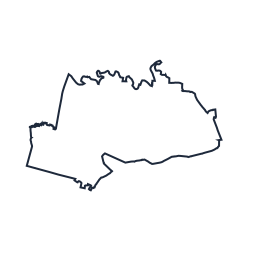 outline of Morunglav, Olt, Romania, rotated 113°
{"feature_id": "2599482B55157415904148", "entity_name": "Morunglav", "entity_type": "district", "adm_level": 2, "iso_a3": "ROU", "parent_name": "Romania", "parent_adm1": "Olt", "projection": "mercator", "projection_center": [24.132, 44.471], "detail": "fine", "context": "isolated", "style": "outline", "palette": "slate", "viewbox_px": 256, "rotation_deg": 113, "n_neighbors": 0, "source": "geoboundaries", "source_scale": "gbopen_adm2", "svg_char_len": 5776}
<svg xmlns="http://www.w3.org/2000/svg" viewBox="0 0 256 256"><g transform="rotate(113 128 128)"><path d="M202.4,206.4L199.1,182.1L198.1,173.9L195.4,156.6L197.1,156.8L197.7,154.0L197.8,153.3L197.7,153.1L197.0,153.1L196.1,152.5L196.0,151.5L196.5,149.8L196.6,149.6L196.9,149.3L201.2,148.5L200.4,144.3L198.0,145.1L197.5,144.7L196.4,142.5L195.3,142.9L195.3,140.0L195.5,139.5L197.3,139.9L199.5,140.1L199.9,139.1L199.9,137.9L198.9,137.8L196.9,137.8L196.7,136.2L195.4,136.0L195.4,135.6L193.2,135.7L191.9,135.2L191.6,135.3L190.5,135.0L186.5,134.2L185.9,133.9L185.5,133.8L185.1,133.6L184.8,133.6L184.0,133.2L183.6,132.4L183.0,131.8L180.3,129.4L178.2,128.1L176.6,126.9L175.3,126.5L174.9,126.3L174.5,126.2L174.3,125.9L174.0,125.8L173.1,128.6L170.1,136.4L169.5,136.7L169.3,136.7L169.1,137.1L168.8,137.4L164.2,140.8L162.3,140.3L160.4,139.3L160.9,116.9L157.7,112.0L156.6,109.8L156.4,108.8L155.8,108.5L154.7,107.1L153.5,104.9L152.7,103.8L152.4,103.1L152.2,102.9L151.9,102.9L151.7,102.7L151.4,102.1L151.5,101.8L150.6,100.5L150.6,100.3L151.0,96.5L151.5,94.3L151.5,93.2L151.7,92.2L151.4,91.2L147.4,85.1L146.3,83.7L145.3,82.8L144.5,82.3L141.0,79.3L137.4,76.5L136.4,74.8L136.5,74.8L135.3,72.7L133.9,70.7L133.4,69.4L131.2,62.3L131.2,61.7L131.2,61.3L131.2,61.2L130.9,60.9L130.7,60.5L129.7,59.4L129.3,58.9L129.2,58.5L129.0,58.4L123.6,51.2L123.0,50.5L122.8,49.9L121.8,48.9L120.7,47.6L116.3,42.0L114.1,40.0L112.0,38.6L111.9,38.2L111.6,38.1L111.0,37.7L110.1,37.7L109.2,37.3L108.9,37.2L105.5,38.6L103.7,39.3L103.7,39.7L102.3,37.4L94.9,44.7L93.1,46.2L86.6,52.5L85.1,52.9L84.3,52.9L84.3,52.7L84.4,51.4L83.3,51.4L76.8,54.9L77.4,55.9L77.8,56.2L77.8,56.7L77.9,56.9L78.5,57.1L78.8,57.9L79.1,58.4L79.4,58.6L79.6,58.9L80.6,59.9L81.4,60.4L83.1,60.6L82.6,62.2L81.9,63.5L81.2,64.3L80.8,65.3L80.2,66.4L79.8,67.4L79.2,68.4L78.2,70.3L75.1,75.4L72.7,78.1L71.3,79.1L70.7,79.4L70.3,79.9L70.2,80.4L69.9,82.4L69.9,82.7L69.8,83.4L70.0,83.9L70.6,84.8L70.5,85.0L70.3,85.4L70.6,86.7L71.2,88.1L71.7,89.9L72.4,91.6L72.6,92.1L72.5,92.6L71.9,92.4L71.5,92.4L70.7,93.4L69.4,94.1L66.2,95.3L66.2,95.7L66.2,97.9L66.6,99.4L67.8,102.3L68.7,103.8L69.6,105.8L70.3,107.7L66.0,109.4L65.8,110.6L65.8,112.0L65.6,112.8L65.3,113.3L64.9,113.6L64.4,114.1L64.6,114.1L64.8,114.3L64.8,114.7L65.1,115.9L65.6,116.9L65.8,117.6L65.6,118.9L63.4,119.4L63.1,119.9L62.8,120.8L62.9,121.6L63.1,122.2L63.4,122.8L63.9,123.5L64.2,124.7L62.5,126.4L61.6,127.0L61.2,127.2L59.7,127.2L58.8,127.1L57.8,126.2L57.3,124.4L56.6,123.8L56.1,123.6L55.3,123.4L54.6,123.0L53.6,124.7L53.7,125.1L56.0,127.5L57.8,128.6L59.7,129.3L61.8,130.5L63.5,130.7L64.5,130.6L65.1,130.3L66.0,129.5L68.3,126.6L69.8,125.4L71.4,123.8L72.5,122.9L74.1,121.7L75.0,124.0L78.0,122.8L77.9,123.2L80.1,122.4L80.2,123.9L78.7,127.3L78.2,128.8L77.8,131.3L78.6,133.5L80.3,133.7L83.4,133.5L83.4,134.7L85.1,134.6L86.0,134.4L87.3,134.4L87.9,134.5L88.8,135.2L89.2,136.2L89.2,136.7L89.1,137.0L88.8,137.8L87.9,139.2L87.3,140.5L87.0,140.7L86.0,140.4L84.5,140.7L84.0,141.0L81.8,143.4L80.6,146.8L80.0,147.5L80.7,148.3L81.0,148.8L81.4,149.0L82.0,149.2L84.6,148.6L85.1,148.3L85.7,147.8L86.1,148.7L86.7,150.4L87.1,151.3L83.7,152.1L84.3,155.0L83.4,155.7L83.1,156.5L82.7,156.8L81.0,158.2L80.8,158.8L80.5,159.2L80.5,161.1L80.9,161.6L84.1,161.5L85.4,161.9L85.6,162.0L85.8,162.4L85.9,162.6L85.7,163.3L85.7,164.4L85.6,164.8L85.5,165.5L85.2,166.1L85.0,166.7L83.7,167.6L83.3,168.9L84.5,170.1L85.0,170.3L86.2,171.3L87.1,172.7L87.5,173.5L88.8,174.6L88.9,174.8L88.6,175.2L88.2,175.6L87.7,175.8L87.1,176.6L86.9,177.3L86.9,177.5L87.0,177.9L87.3,178.1L88.3,178.4L89.2,178.4L92.0,176.0L92.1,175.7L92.2,175.4L92.0,174.3L91.0,173.3L90.8,173.0L90.7,172.4L90.5,170.7L91.3,170.3L91.6,170.5L92.2,171.3L92.8,171.8L95.1,172.5L98.3,172.4L99.0,172.2L99.1,172.9L97.1,174.8L96.5,176.7L97.5,181.0L96.8,182.5L96.1,183.6L97.0,184.9L96.6,185.7L97.2,186.1L97.3,186.4L97.6,187.6L97.5,187.9L97.6,188.7L98.2,189.5L99.7,189.9L101.4,190.0L102.0,189.7L102.8,189.7L103.1,189.5L103.3,188.8L103.5,187.8L104.1,185.5L105.7,186.8L107.1,189.7L107.2,191.2L106.5,193.5L103.9,198.3L102.5,200.4L101.7,203.6L114.6,202.9L119.7,202.4L122.1,202.0L127.3,200.7L137.2,198.6L155.1,194.5L156.7,194.1L157.2,194.2L157.4,194.7L157.8,194.7L157.9,195.5L157.5,195.7L157.0,195.7L156.9,195.7L156.9,195.9L157.0,196.1L157.5,196.2L157.6,196.3L157.1,196.5L156.6,196.0L156.6,195.7L156.3,195.8L156.2,196.0L156.6,196.8L155.7,197.9L155.7,198.4L155.2,198.5L155.2,199.0L155.6,199.3L155.6,199.5L155.2,199.9L155.5,200.3L155.3,201.0L155.8,201.0L156.1,201.4L156.4,201.4L156.5,201.6L156.4,202.2L156.8,203.1L156.8,203.4L156.8,203.8L155.9,204.7L155.2,204.7L155.2,204.8L155.4,204.9L155.4,205.3L155.7,205.4L155.7,205.8L156.1,206.1L156.0,206.3L155.6,206.5L155.8,206.9L155.9,207.4L156.0,207.6L157.2,208.0L157.3,208.0L157.5,207.4L158.0,207.3L158.0,207.6L157.9,207.9L157.9,208.0L158.1,208.3L158.5,208.4L158.6,208.6L157.4,209.2L157.9,209.3L159.1,208.9L159.3,208.9L159.3,209.1L159.3,209.7L158.5,210.2L158.9,210.5L159.5,210.3L159.7,210.7L160.4,210.5L160.7,210.8L161.0,210.7L161.3,211.9L160.9,212.3L161.0,212.7L160.8,212.9L160.0,212.7L159.6,212.7L159.8,213.1L160.3,213.3L160.3,213.5L159.9,213.8L159.8,214.0L160.0,214.4L160.7,214.7L161.0,214.2L160.8,213.8L161.0,213.5L161.4,213.5L161.5,213.7L161.6,214.2L162.1,214.3L162.4,214.2L162.5,213.7L162.7,214.0L163.0,213.9L163.1,214.1L162.9,214.5L163.0,214.6L163.5,214.4L163.6,214.7L163.5,215.1L163.1,215.3L163.7,215.4L163.7,215.6L163.2,216.1L163.1,216.3L163.1,216.5L163.5,216.9L163.9,217.6L164.1,217.7L164.4,217.6L164.7,217.8L165.0,217.8L165.1,217.5L164.9,217.2L165.0,217.1L165.4,217.7L165.2,218.3L165.2,218.7L165.3,218.8L165.5,218.8L165.7,218.5L165.8,217.9L168.5,216.7L170.6,215.5L172.9,214.4L174.6,213.4L174.6,213.1L174.9,213.3L176.5,213.2L177.3,212.9L178.6,211.8L179.6,211.3L181.6,209.6L182.5,209.1L202.4,206.4Z" fill="none" stroke="#1e293b" stroke-width="2"/></g></svg>